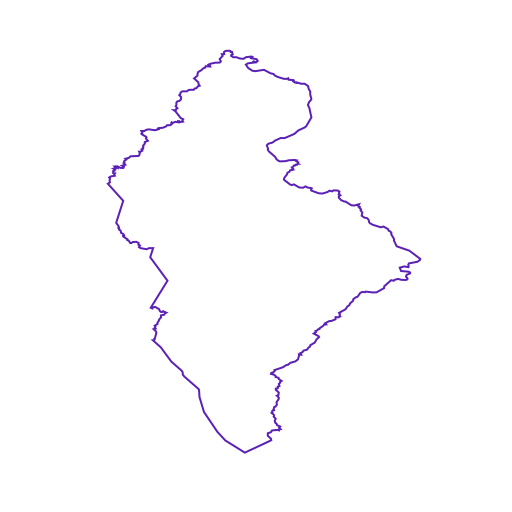 the district of Svalbarðshreppur, Norðurland eystra, Iceland, rotated 13°
{"feature_id": "244011B84342259441214", "entity_name": "Svalbarðshreppur", "entity_type": "district", "adm_level": 2, "iso_a3": "ISL", "parent_name": "Iceland", "parent_adm1": "Norðurland eystra", "projection": "natural_earth1", "projection_center": [-15.752, 66.091], "detail": "fine", "context": "isolated", "style": "outline", "palette": "violet", "viewbox_px": 512, "rotation_deg": 13, "n_neighbors": 0, "source": "geoboundaries", "source_scale": "gbopen_adm2", "svg_char_len": 6068}
<svg xmlns="http://www.w3.org/2000/svg" viewBox="0 0 512 512"><g transform="rotate(13 256 256)"><path d="M289.3,450.1L312.3,432.1L311.7,430.7L307.9,428.5L307.4,426.0L310.1,424.4L310.8,422.4L316.1,420.6L317.6,420.7L317.4,419.8L318.9,419.2L317.2,418.0L317.9,416.7L314.6,416.1L313.6,414.6L312.4,414.3L311.3,412.3L311.8,410.1L309.4,408.6L309.6,407.8L309.0,406.6L306.5,405.4L307.2,404.7L306.6,403.7L307.0,402.7L308.3,402.2L307.6,401.0L307.8,398.9L308.9,398.4L309.8,396.2L308.9,393.9L310.3,390.1L310.1,388.9L307.8,387.4L309.1,386.6L308.9,383.9L305.4,381.9L305.7,381.2L305.3,380.7L306.9,380.0L307.1,379.5L306.6,378.4L308.1,377.4L307.0,375.5L307.9,374.4L307.7,373.5L309.0,372.0L305.9,370.8L305.4,369.7L302.3,369.4L302.3,368.7L300.4,367.6L297.1,367.5L297.3,366.4L298.9,365.5L300.2,363.6L299.7,363.0L307.2,358.4L310.2,355.3L311.8,354.7L313.4,352.4L318.0,349.9L320.1,347.3L320.4,343.4L319.9,342.2L322.2,342.0L321.1,340.6L322.9,339.3L323.5,337.6L326.9,335.7L327.7,333.4L329.0,332.1L329.0,330.7L332.7,327.2L333.8,323.5L335.7,320.8L334.9,320.0L329.7,318.6L331.5,316.7L330.8,315.8L332.6,314.5L333.1,313.3L334.3,312.8L334.3,312.0L337.3,308.8L337.7,307.6L339.7,306.9L338.5,306.0L342.1,302.9L344.1,302.3L347.7,299.8L347.3,297.7L350.1,297.2L351.7,295.9L350.7,294.9L350.9,293.7L349.7,292.7L355.2,287.8L356.4,284.6L358.1,282.8L358.2,281.2L360.7,277.7L360.5,276.2L362.4,273.9L364.1,272.9L365.9,268.5L367.6,267.1L370.5,266.7L370.9,266.0L377.7,265.3L381.6,264.3L388.0,258.5L387.8,256.6L393.1,249.2L395.8,249.1L396.3,248.1L399.5,246.4L403.1,246.5L407.3,245.7L408.8,244.7L408.6,243.7L406.8,242.4L407.0,240.5L410.0,238.3L409.9,237.4L408.0,237.0L400.7,238.0L398.7,235.0L402.8,232.8L407.0,232.6L407.2,232.1L406.3,230.1L406.7,228.8L414.6,225.3L416.6,223.0L416.7,221.9L404.2,216.3L390.9,214.9L386.9,209.9L386.7,208.4L382.8,204.3L382.8,203.1L381.7,202.1L379.5,201.4L378.6,200.1L373.6,198.6L371.1,200.0L362.7,199.3L359.6,198.4L358.5,197.5L357.8,195.6L355.9,194.2L352.9,194.2L349.9,193.0L349.8,189.7L347.7,188.1L347.9,186.9L346.3,186.1L346.2,185.0L345.2,185.0L345.3,184.5L344.2,184.0L344.7,182.4L340.5,184.7L337.4,185.1L330.9,182.8L329.8,183.1L326.3,182.4L323.5,180.5L323.3,179.3L324.5,177.9L322.7,177.3L323.1,176.0L322.3,174.9L322.6,174.4L321.1,173.8L316.8,174.6L315.6,175.9L312.9,175.8L311.4,177.5L306.7,180.2L303.0,180.8L295.2,179.8L294.8,179.4L295.1,177.5L294.7,177.4L290.8,177.7L288.7,177.0L286.5,178.9L282.7,179.5L276.8,177.7L274.8,178.9L273.2,178.7L266.5,175.6L266.0,175.2L266.0,173.4L267.9,169.4L267.9,167.8L269.6,166.4L269.9,164.9L272.6,163.6L271.8,163.3L272.4,162.6L271.1,161.6L271.8,161.2L272.4,159.5L273.7,159.1L274.0,158.1L275.5,157.9L275.7,156.8L276.5,156.6L275.8,156.3L276.1,155.2L273.8,154.5L274.2,153.7L272.1,153.7L266.3,155.4L263.5,156.9L258.2,158.4L256.4,158.2L254.1,157.0L252.2,155.0L245.0,151.2L243.6,149.8L243.6,148.7L241.6,145.7L242.7,143.9L246.6,141.7L248.9,139.0L253.5,135.5L257.5,134.6L266.0,128.3L269.0,124.1L274.2,120.1L275.7,118.4L278.8,108.5L274.8,100.0L272.6,97.1L273.1,94.1L274.6,91.2L274.4,90.0L272.6,86.7L271.8,83.5L269.9,81.5L268.4,78.6L264.6,77.2L261.3,78.0L256.6,77.7L256.7,78.2L254.8,78.2L253.3,77.6L253.8,77.1L253.1,76.2L248.1,76.9L247.4,75.6L246.2,76.5L243.1,77.1L236.6,76.6L233.7,75.9L232.1,74.7L229.0,74.7L221.9,72.8L213.6,76.1L210.8,76.3L206.1,74.6L203.1,71.8L204.8,70.1L210.5,68.0L209.3,67.8L209.9,66.9L211.7,67.2L213.2,66.4L213.8,65.5L212.3,64.1L205.6,64.4L207.8,63.3L207.8,62.8L206.6,62.7L201.6,64.5L199.4,66.7L195.8,67.2L192.0,66.7L189.2,67.5L186.7,66.6L186.7,65.6L188.0,64.8L186.7,62.5L185.8,62.8L185.9,62.4L184.2,61.9L180.2,63.0L178.9,64.5L179.6,66.4L177.3,67.0L178.5,68.5L176.3,72.3L177.9,74.1L177.7,75.0L176.9,75.8L173.1,76.7L168.0,79.1L166.7,80.2L168.2,80.7L168.8,81.7L164.2,82.4L164.1,83.9L162.6,84.8L160.8,87.4L158.3,89.7L158.0,91.4L158.4,93.4L155.7,96.9L160.7,99.7L161.5,101.6L162.8,102.7L161.1,103.9L160.3,105.8L158.5,106.7L158.0,108.0L153.3,109.2L151.6,111.1L147.0,112.2L145.8,113.7L145.7,116.2L144.4,116.1L147.3,118.0L147.6,120.4L146.5,122.1L144.4,123.2L143.9,124.5L144.5,126.6L144.0,128.1L146.2,129.7L145.0,131.0L145.1,132.0L143.2,132.4L144.9,133.1L151.7,138.6L154.3,139.1L153.8,140.8L154.6,141.5L151.9,142.6L151.0,141.9L149.8,142.1L150.3,143.2L147.2,143.4L144.9,145.1L143.8,144.7L143.5,145.5L144.3,146.1L144.1,146.8L142.8,147.9L139.9,148.6L139.3,149.9L136.4,152.0L132.0,153.4L131.8,153.9L132.5,154.4L129.2,156.2L123.0,156.7L120.6,157.8L119.2,159.3L116.2,160.0L117.6,161.6L116.8,162.6L117.1,163.0L122.2,164.6L122.6,165.0L122.3,166.2L124.7,168.1L122.0,170.0L122.4,171.5L121.2,173.8L121.7,174.6L121.3,175.6L121.8,176.0L121.9,176.9L120.5,177.8L121.5,179.0L120.1,180.3L118.7,180.6L119.7,182.0L119.5,184.3L118.8,185.0L111.3,187.1L110.0,189.0L106.9,190.6L107.9,191.2L106.1,193.4L106.9,194.7L106.2,195.3L108.1,196.5L105.3,198.1L107.2,198.7L107.0,200.0L104.4,200.6L102.5,200.2L102.1,201.2L101.4,200.6L101.9,200.2L101.0,199.9L101.0,200.4L99.7,200.3L100.0,200.7L98.9,200.8L99.5,201.1L98.5,201.4L98.9,202.0L98.2,202.2L98.9,202.3L98.3,202.6L100.3,202.7L99.0,203.1L98.5,204.6L97.1,204.8L98.4,205.0L97.7,205.5L98.2,207.3L100.0,207.2L99.5,208.3L100.4,209.5L96.7,211.1L95.3,212.5L96.3,213.2L96.3,215.2L97.1,217.1L95.4,218.9L114.2,232.1L112.3,255.1L115.4,257.9L116.1,259.1L115.6,259.7L116.6,260.3L116.6,261.1L118.4,261.7L119.2,263.7L121.9,264.5L122.9,265.7L121.9,266.3L122.1,266.8L127.1,268.7L127.0,269.4L128.8,269.9L130.6,271.7L131.7,271.4L132.8,270.1L136.2,269.1L138.8,269.8L138.9,271.5L140.6,271.9L140.0,273.7L141.8,274.3L147.9,274.0L150.0,272.4L154.0,271.5L153.2,281.0L175.3,300.0L165.1,330.1L166.9,330.4L167.0,329.3L169.2,328.3L173.6,329.6L174.4,331.0L175.9,331.9L177.7,331.5L177.9,330.7L181.3,331.4L180.2,332.3L179.8,333.8L176.7,335.3L177.3,337.2L176.0,339.4L175.9,340.9L175.0,343.1L175.3,344.4L173.0,346.7L173.9,347.5L173.5,348.5L174.5,349.3L172.7,350.3L175.5,352.0L176.2,353.2L176.0,358.6L175.5,359.4L176.0,360.1L175.6,360.9L174.5,361.3L183.8,366.4L197.2,377.9L209.4,384.5L210.7,385.8L211.4,388.1L213.3,389.6L229.9,398.5L230.6,399.2L232.7,406.2L240.4,419.7L257.9,436.0L267.7,442.7L289.3,450.1Z" fill="none" stroke="#5b21b6" stroke-width="2"/></g></svg>